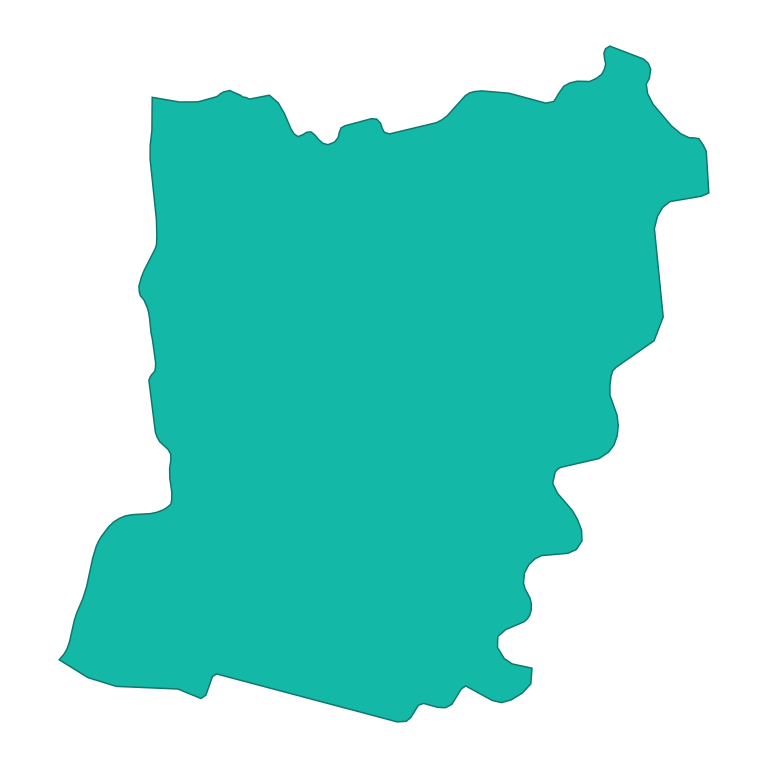 outline of Mayenne
{"feature_id": "FRA-5324", "entity_name": "Mayenne", "entity_type": "Metropolitan department", "adm_level": 1, "iso_a3": "FRA", "parent_name": "France", "parent_adm1": "", "projection": "albers", "projection_center": [-0.661, 48.148], "detail": "fine", "context": "isolated", "style": "filled", "palette": "teal", "viewbox_px": 768, "rotation_deg": 0, "n_neighbors": 0, "source": "natural_earth", "source_scale": "10m", "svg_char_len": 2544}
<svg xmlns="http://www.w3.org/2000/svg" viewBox="0 0 768 768"><path d="M532.0,668.2L530.8,683.9L522.4,693.0L511.1,699.9L501.5,702.6L492.3,700.5L465.8,686.0L461.3,688.9L451.9,704.3L445.4,707.7L437.9,707.4L423.5,703.4L418.4,705.3L410.7,717.6L406.2,721.3L397.3,721.9L216.4,673.9L212.4,676.7L205.9,695.1L201.0,698.5L177.8,689.0L116.4,686.4L88.1,677.7L59.2,659.8L64.3,653.7L67.0,648.9L69.5,641.8L74.4,620.1L77.1,612.0L82.7,599.0L86.7,586.3L92.6,558.6L96.1,546.8L98.4,541.6L101.3,536.5L109.0,526.4L113.9,521.8L119.4,518.4L125.1,516.0L131.9,514.7L150.6,513.6L156.4,512.4L162.0,510.4L166.5,507.9L170.3,504.7L171.0,503.7L171.7,499.4L171.8,492.2L169.8,478.1L169.6,468.6L170.9,459.5L170.7,454.0L167.9,449.2L159.7,441.7L157.1,437.0L155.6,433.1L155.2,430.8L148.9,380.2L150.4,376.6L151.9,374.4L153.3,372.9L154.8,371.1L155.5,367.4L155.6,362.4L152.3,338.6L151.1,333.3L149.5,317.6L148.6,312.4L147.7,308.7L144.1,300.2L142.8,298.4L140.5,296.0L139.4,292.6L138.9,286.2L141.5,276.9L144.3,270.0L155.0,249.1L156.5,244.8L156.8,235.5L156.4,219.4L150.1,159.0L150.2,145.1L151.9,130.5L152.2,97.3L179.5,102.0L197.8,101.9L215.6,97.0L218.4,95.7L219.8,94.1L223.8,91.9L229.6,90.5L240.7,95.4L242.6,97.0L245.7,97.4L249.5,99.1L269.4,95.2L278.3,103.0L284.4,113.5L291.3,129.6L294.1,134.0L298.1,136.6L302.8,134.7L306.6,132.3L311.0,131.9L315.0,135.1L318.6,139.5L322.8,143.3L328.0,144.7L334.5,142.1L338.2,137.5L339.3,132.4L341.0,128.0L344.8,125.8L371.4,118.7L376.7,119.1L380.6,123.3L382.2,128.3L384.4,132.4L389.5,133.9L436.4,122.7L441.8,119.9L446.9,116.1L465.3,95.7L469.6,92.9L474.9,91.5L481.8,90.9L509.1,93.2L545.6,103.1L553.6,101.6L556.0,98.1L558.4,93.9L563.7,86.3L569.7,83.0L577.3,81.2L589.6,81.5L596.6,78.2L601.7,74.3L604.4,69.3L605.7,64.1L604.6,58.8L603.9,53.0L605.5,48.8L609.8,46.1L643.7,59.1L648.2,63.3L650.7,69.1L649.4,78.2L646.3,84.1L647.5,93.3L653.0,104.2L671.3,125.8L681.0,133.9L689.1,137.7L694.1,137.9L698.9,138.7L703.2,145.0L706.3,151.4L708.8,193.0L701.3,196.2L669.9,201.6L662.8,207.3L657.5,216.2L654.4,228.6L663.2,317.0L654.1,340.7L616.1,367.3L612.7,370.8L611.0,376.5L609.9,386.3L610.0,395.4L617.0,415.0L618.3,425.5L617.2,435.8L614.0,445.0L608.7,452.0L599.1,458.5L560.9,467.3L557.9,469.0L555.2,472.0L552.7,483.3L557.5,493.3L572.3,510.4L577.5,519.5L581.6,530.3L582.0,540.9L576.3,549.5L567.9,553.3L541.6,555.6L535.1,558.7L528.9,564.6L524.5,572.8L523.5,583.0L525.0,588.7L530.1,598.3L531.4,604.3L531.2,610.2L529.8,615.0L527.4,618.8L524.2,621.7L505.8,629.5L497.8,636.5L497.5,647.4L504.2,658.5L512.1,663.9L532.0,668.2Z" fill="#14b8a6" stroke="#0f766e" stroke-width="1.5"/></svg>